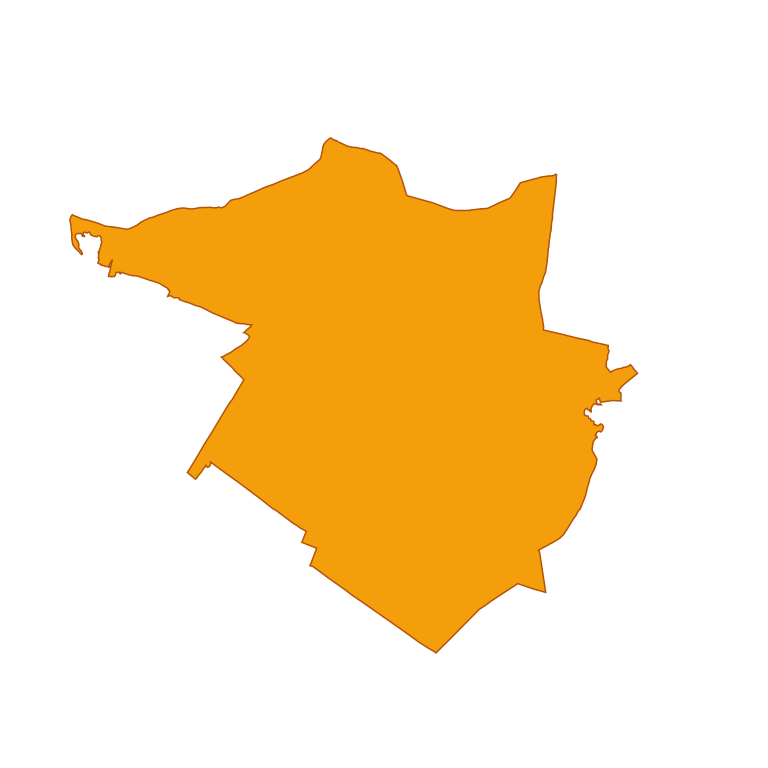 the district of Fibis, Timis, Romania, rotated 159°
{"feature_id": "2599482B17548071630420", "entity_name": "Fibis", "entity_type": "district", "adm_level": 2, "iso_a3": "ROU", "parent_name": "Romania", "parent_adm1": "Timis", "projection": "mercator", "projection_center": [21.414, 45.966], "detail": "fine", "context": "isolated", "style": "filled", "palette": "amber", "viewbox_px": 768, "rotation_deg": 159, "n_neighbors": 0, "source": "geoboundaries", "source_scale": "gbopen_adm2", "svg_char_len": 6159}
<svg xmlns="http://www.w3.org/2000/svg" viewBox="0 0 768 768"><g transform="rotate(159 384 384)"><path d="M614.3,653.7L615.0,653.4L617.4,651.2L618.5,649.6L619.8,642.6L620.6,640.5L622.1,634.7L623.2,632.2L624.1,628.3L624.5,625.3L624.3,624.1L623.4,621.1L621.7,617.6L620.2,613.6L619.7,613.1L619.4,613.1L618.8,614.3L619.0,615.8L618.9,616.5L619.9,619.1L620.2,621.0L620.0,621.6L619.2,622.6L618.7,625.0L618.7,627.1L619.4,629.3L619.6,630.8L619.3,632.5L619.0,633.5L617.9,634.0L616.2,634.4L613.7,633.2L612.8,633.1L612.6,632.4L612.1,631.9L612.3,631.5L612.1,630.9L612.6,630.6L612.6,630.2L610.9,629.0L610.5,629.3L611.1,630.6L611.2,631.8L610.5,632.8L609.8,633.1L608.7,633.0L608.1,632.0L606.8,631.4L604.9,631.7L604.2,629.6L604.3,628.6L603.9,628.3L603.9,627.7L603.0,627.1L602.6,626.5L599.7,624.5L598.8,624.3L598.1,624.8L597.5,624.9L596.7,624.5L595.9,623.6L595.7,621.5L596.4,620.2L596.7,617.5L598.6,615.2L600.3,612.3L600.9,611.8L601.4,611.7L602.5,609.3L602.7,609.2L603.1,609.7L603.5,609.7L603.7,608.4L603.5,608.0L604.1,607.5L604.3,605.9L605.6,604.4L605.3,603.1L605.5,602.3L607.8,599.3L606.2,597.8L605.3,596.1L603.8,595.4L601.7,593.3L599.8,592.8L599.0,591.6L598.4,591.8L598.1,592.4L597.7,593.8L595.1,596.0L593.3,597.2L593.2,597.0L595.6,593.8L599.3,587.8L600.8,586.1L602.7,583.1L601.1,582.6L600.4,582.2L599.9,581.6L598.5,581.6L597.1,580.9L596.0,581.7L594.1,584.2L590.9,583.0L591.1,582.1L590.8,581.4L590.1,581.4L589.5,582.3L587.1,580.9L584.9,578.8L580.1,575.3L576.6,573.8L574.9,572.7L564.6,564.0L562.7,562.8L557.6,558.4L551.5,550.5L551.4,549.9L551.7,549.5L551.0,547.9L550.7,547.8L550.7,547.4L552.6,545.1L553.5,544.6L553.9,543.9L554.5,543.3L552.3,543.2L551.0,542.3L549.6,540.2L548.2,539.3L546.1,538.7L544.6,537.8L544.4,537.3L544.8,536.6L544.8,536.2L544.4,535.7L539.6,531.7L536.3,529.1L532.2,525.2L528.2,522.2L526.1,520.2L518.5,511.7L500.2,494.2L500.2,493.9L496.6,491.9L492.6,490.2L490.8,488.7L486.3,486.6L488.0,485.6L487.8,485.2L489.8,484.8L490.6,484.3L491.4,484.3L496.4,482.2L496.1,482.1L493.9,479.5L493.0,478.1L492.9,477.2L492.9,475.5L497.4,473.1L503.7,471.0L509.6,470.1L515.8,468.4L519.7,468.1L523.8,467.4L526.1,467.4L525.7,466.8L524.9,464.3L519.9,453.8L519.0,451.4L519.1,451.0L513.2,438.3L528.6,426.0L531.3,423.9L534.7,421.9L540.4,417.6L561.1,401.3L571.7,393.4L589.5,379.2L599.3,371.8L594.1,362.7L592.0,363.6L591.3,364.4L585.7,367.5L582.9,369.6L580.2,371.1L579.5,371.8L579.2,370.3L578.6,369.5L576.9,369.4L575.6,370.4L574.5,371.6L573.8,373.2L563.9,357.6L554.5,343.4L540.2,320.5L532.5,307.5L530.1,304.7L518.6,286.3L516.0,283.1L513.7,279.4L509.4,274.3L517.5,265.6L505.7,254.8L517.5,241.6L518.3,241.1L515.6,238.9L505.7,223.2L493.9,205.6L488.8,197.3L483.0,189.0L453.2,144.8L444.3,131.1L438.3,122.8L432.4,115.4L431.9,114.3L413.1,122.6L376.0,139.4L368.0,141.2L361.5,143.0L330.6,149.7L318.1,139.2L307.7,131.5L299.1,170.9L298.9,173.2L299.2,173.5L279.7,176.1L274.5,177.3L270.4,179.1L268.8,180.2L264.6,183.2L256.2,189.7L251.1,193.1L248.5,195.6L245.8,196.9L244.5,198.1L242.0,201.0L238.4,204.6L235.3,208.3L231.0,214.8L227.0,219.8L226.5,220.9L225.3,222.4L221.8,226.0L218.6,228.6L214.6,233.2L212.1,237.7L213.5,247.5L213.1,248.1L213.1,248.9L212.2,249.9L211.8,251.4L210.5,252.8L209.6,254.9L205.7,257.6L205.1,257.3L204.5,257.3L204.2,257.5L204.0,258.5L204.4,259.4L205.0,259.8L205.1,260.4L204.1,261.1L202.9,262.5L200.3,263.0L199.8,262.7L199.2,261.8L198.8,261.6L197.7,261.9L196.5,262.8L194.9,264.5L194.4,266.1L194.5,267.1L195.2,268.4L196.2,269.1L199.4,268.3L200.1,268.8L200.9,270.3L202.4,270.6L202.4,271.1L201.5,273.4L201.6,274.0L203.7,275.5L203.8,276.0L203.7,277.4L204.9,278.4L205.1,278.9L204.9,280.3L205.1,281.0L207.7,282.6L207.8,283.0L207.9,283.5L207.3,285.3L207.2,286.1L206.0,287.6L204.9,288.5L203.6,288.6L203.2,288.2L202.8,286.7L201.6,286.3L201.5,286.0L201.7,285.1L201.0,284.0L200.6,283.7L200.1,284.7L200.0,285.8L198.4,288.0L197.3,289.0L196.6,289.2L195.9,289.9L194.9,290.3L191.9,288.1L188.6,286.7L188.7,287.5L191.0,288.4L192.0,289.1L192.3,290.5L192.2,291.0L191.9,291.0L191.8,292.9L188.0,293.5L188.5,290.1L188.3,289.4L176.4,286.6L168.7,283.2L168.7,283.8L166.0,290.6L167.3,292.7L167.0,293.7L166.5,294.4L163.7,296.1L159.8,297.8L143.5,303.1L145.5,308.6L146.2,311.8L146.7,313.1L147.1,313.7L149.4,313.0L153.2,313.3L154.2,313.7L156.3,313.5L159.4,314.2L163.1,314.4L166.3,314.3L168.1,313.6L170.1,319.0L170.2,319.7L170.1,319.9L170.3,320.6L170.0,321.7L169.5,322.4L169.5,323.2L169.4,323.5L169.1,323.7L167.9,325.9L166.4,327.1L166.0,327.8L165.3,329.9L164.6,331.2L162.2,333.9L162.1,334.6L162.2,336.0L162.1,337.1L161.8,338.1L161.0,338.7L160.8,339.6L174.4,348.6L177.7,351.6L187.2,357.6L202.1,368.1L215.9,377.3L214.3,380.6L213.1,386.7L212.7,387.9L212.7,388.9L211.1,397.7L209.2,406.6L206.3,415.0L203.2,419.1L200.0,422.3L197.0,426.4L193.2,430.4L187.4,440.5L186.7,442.4L186.1,443.2L182.5,450.7L181.8,452.0L180.9,453.1L179.1,457.0L174.7,465.2L173.0,467.5L171.1,471.8L170.7,472.3L170.3,473.4L169.1,475.6L168.0,477.1L166.6,479.8L166.5,480.8L150.9,510.4L148.9,515.6L147.9,517.3L148.4,518.3L150.2,518.0L152.2,518.0L156.0,519.3L164.0,521.1L167.0,521.1L170.8,521.7L184.6,523.0L191.0,518.2L199.8,512.3L212.5,511.9L217.6,511.3L224.7,510.9L230.7,512.8L241.4,515.5L242.7,515.5L244.4,516.5L246.0,516.7L247.0,517.3L255.8,520.7L260.8,524.4L273.6,535.7L293.7,550.6L294.9,551.7L295.1,552.4L295.0,554.9L294.1,566.5L293.8,578.5L293.9,583.2L296.6,587.6L298.1,590.6L304.1,600.1L305.2,601.2L306.0,601.0L306.5,601.6L312.8,606.0L319.0,611.2L321.8,612.4L324.7,614.5L327.5,615.7L332.6,618.9L339.8,626.2L341.6,628.8L342.3,628.5L345.5,632.7L346.2,632.9L351.2,631.2L354.1,629.5L356.2,627.1L357.3,625.0L361.5,618.5L363.2,616.8L372.8,613.2L376.4,611.6L378.8,611.0L385.0,610.3L404.3,610.4L415.1,610.1L416.6,609.9L416.6,610.1L425.3,610.3L432.7,609.8L444.1,609.4L448.0,609.0L453.3,609.1L458.7,610.2L461.0,610.4L461.8,610.2L468.7,606.8L472.7,606.8L475.0,608.3L476.4,608.5L480.0,609.5L482.4,611.0L492.5,614.6L499.4,615.9L501.2,616.5L508.6,620.4L513.7,621.7L521.0,622.3L525.4,622.1L533.4,622.6L539.4,622.5L543.5,623.0L552.5,622.3L557.5,620.8L559.5,620.5L566.6,620.2L568.9,620.7L579.2,626.9L587.7,631.3L593.1,636.3L597.3,639.7L603.1,644.0L606.5,646.0L610.3,649.8L612.0,651.2L614.3,653.7Z" fill="#f59e0b" stroke="#b45309" stroke-width="1.5"/></g></svg>